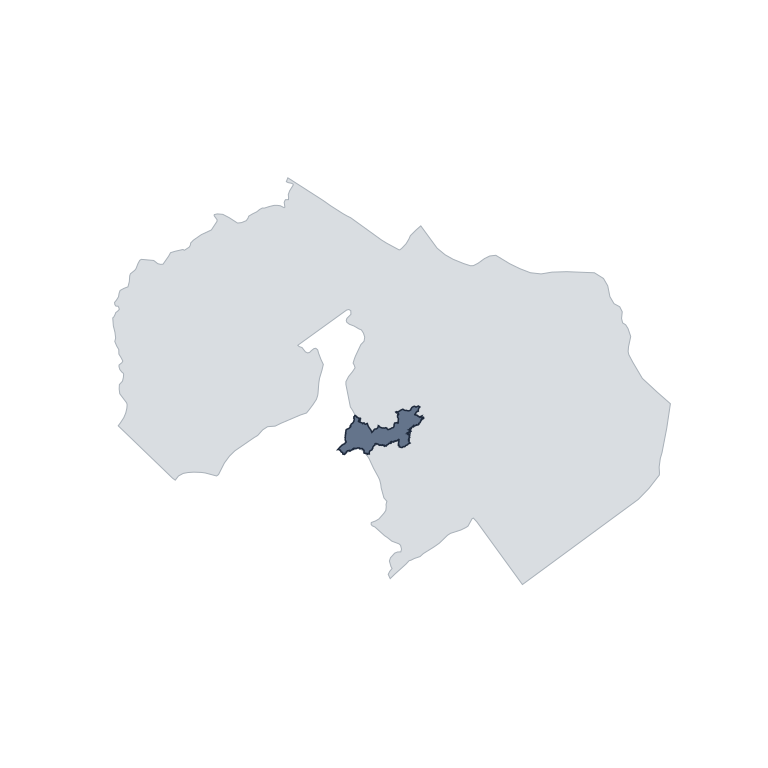 Mushindano, North-Western, Zambia shown in context, rotated 234°
{"feature_id": "96606910B46264133370016", "entity_name": "Mushindano", "entity_type": "district", "adm_level": 2, "iso_a3": "ZMB", "parent_name": "Zambia", "parent_adm1": "North-Western", "projection": "natural_earth1", "projection_center": [26.828, -12.5], "detail": "fine", "context": "in_parent", "style": "filled", "palette": "slate", "viewbox_px": 768, "rotation_deg": 234, "n_neighbors": 0, "source": "geoboundaries", "source_scale": "gbopen_adm2", "svg_char_len": 9713}
<svg xmlns="http://www.w3.org/2000/svg" viewBox="0 0 768 768"><g transform="rotate(234 384 384)"><path d="M490.3,506.7L462.7,506.8L452.6,509.4L444.3,513.2L434.5,519.3L428.8,523.5L427.2,525.9L426.4,531.1L426.4,539.0L425.4,544.8L422.4,550.1L407.4,556.4L397.6,561.6L388.0,567.8L380.7,575.8L375.8,585.6L367.5,597.8L350.3,619.6L340.3,623.6L331.9,622.7L321.9,618.1L313.8,617.3L307.9,620.1L302.4,619.2L297.4,614.7L293.2,613.0L289.8,614.3L285.4,614.0L277.4,611.5L270.5,603.8L266.8,600.6L263.9,599.3L255.6,598.1L236.7,596.3L217.0,600.2L199.7,604.1L182.1,586.8L165.0,568.5L161.4,563.8L155.0,557.7L150.3,554.7L148.5,553.2L143.8,536.9L141.2,522.0L140.4,378.1L218.0,378.1L223.0,377.5L223.2,376.0L219.6,368.3L219.8,365.6L220.7,360.4L224.1,350.0L224.3,346.5L222.7,335.2L222.8,328.8L223.7,316.1L223.2,311.7L225.0,306.0L225.6,302.2L226.3,300.5L225.4,296.1L223.8,280.9L222.9,274.6L227.5,275.5L229.1,278.6L230.0,282.1L232.1,282.3L237.6,284.3L239.6,287.1L240.9,293.2L240.1,296.3L238.3,298.9L240.1,301.1L243.8,302.6L246.0,302.1L252.2,298.0L258.0,296.4L260.9,295.3L273.7,292.6L276.3,291.1L278.1,291.1L279.4,292.3L278.2,296.6L277.8,300.5L279.4,307.7L280.6,311.1L283.3,313.6L285.3,314.8L287.4,317.4L291.9,317.0L301.7,320.7L304.7,322.4L308.9,324.1L311.8,324.7L321.9,326.0L332.6,328.1L338.2,328.3L342.1,327.7L344.9,326.7L346.6,325.5L347.4,324.5L351.4,310.8L353.5,309.7L356.1,309.0L357.7,310.2L359.4,318.9L367.1,326.7L369.8,333.3L371.7,338.9L373.4,340.5L376.3,342.4L381.0,343.1L385.2,343.3L406.0,352.9L408.3,354.6L410.9,359.8L412.4,365.5L414.1,370.1L416.7,371.0L419.1,371.3L421.5,374.5L423.3,377.2L429.5,388.5L430.3,393.0L433.3,396.0L437.3,397.3L441.1,397.5L443.3,396.1L448.6,393.8L452.7,391.1L455.8,390.2L457.6,390.8L458.9,392.6L459.8,398.2L462.8,400.2L464.9,399.4L465.8,397.2L465.8,396.1L466.0,337.0L464.1,337.4L461.7,339.1L456.2,339.3L454.0,340.5L453.3,342.4L453.7,344.9L453.8,348.2L453.0,349.8L450.6,350.4L447.1,349.1L440.8,347.4L435.5,346.4L431.7,342.0L426.6,335.3L423.2,331.9L415.1,325.0L413.7,323.6L411.3,320.3L409.2,314.8L407.2,308.4L406.1,304.3L408.1,298.0L412.8,277.5L413.9,271.2L417.9,264.7L418.2,258.9L416.6,251.5L417.0,247.4L417.6,224.0L416.5,216.6L413.9,208.4L408.0,196.9L408.0,194.5L417.1,187.1L419.8,184.3L424.5,178.3L427.7,173.2L429.7,169.0L430.4,163.7L428.9,158.6L432.0,157.6L506.4,144.4L507.5,147.9L509.7,153.7L512.3,158.0L515.5,161.7L518.2,164.0L520.0,164.7L531.4,164.5L535.6,166.8L539.1,169.6L540.0,174.1L542.4,176.9L544.9,179.1L546.0,179.4L547.9,178.9L551.0,178.8L553.8,179.8L555.1,180.8L555.3,184.5L556.1,186.2L560.0,186.8L564.0,187.1L567.8,189.7L571.9,190.1L576.6,191.2L578.9,193.9L583.9,196.7L590.1,199.2L596.9,203.4L597.0,204.7L598.2,207.1L599.4,208.9L599.5,211.5L600.0,213.8L601.8,214.4L603.2,214.6L604.6,212.9L606.4,212.9L608.4,214.0L609.1,216.8L610.6,220.5L613.1,223.0L614.8,225.5L614.2,229.9L613.1,234.0L616.5,238.1L621.0,241.9L622.2,243.6L622.5,249.3L623.1,251.2L626.1,255.9L627.6,259.1L627.5,260.9L619.3,270.3L614.3,271.7L612.1,273.6L610.8,275.6L614.0,284.9L615.7,288.5L614.2,292.9L611.0,300.4L609.5,301.1L609.2,306.8L610.1,308.9L611.7,310.5L612.4,314.4L612.2,324.0L610.1,334.9L613.7,344.4L614.9,345.5L620.0,345.5L620.8,346.3L619.6,349.1L616.0,353.3L609.6,356.5L600.3,360.1L598.3,363.6L597.1,368.6L598.1,371.5L599.3,373.2L598.9,377.6L598.1,382.2L598.3,385.8L597.9,389.0L596.6,390.6L595.0,395.5L593.0,400.3L591.4,402.5L589.1,404.9L585.4,406.8L585.4,407.8L589.6,410.0L590.6,411.6L591.0,412.6L589.3,415.1L591.2,416.6L593.5,417.9L595.7,421.1L598.2,427.2L598.6,427.8L599.3,427.9L600.7,427.2L603.3,424.8L605.1,423.9L607.3,427.4L568.6,442.5L559.5,445.6L546.0,450.9L541.6,452.9L538.0,454.8L502.0,466.6L496.4,468.9L483.7,475.0L483.2,475.9L483.4,478.7L484.5,484.4L486.7,489.5L488.5,492.5L489.7,500.1L490.3,506.7Z" fill="#d9dde1" stroke="#a8b0b8" stroke-width="1"/><path d="M375.4,342.3L375.7,341.9L375.1,341.1L375.2,340.5L375.1,340.2L374.4,339.9L374.1,339.4L373.3,339.5L372.7,339.1L372.3,338.3L371.7,338.0L370.9,336.2L370.8,335.4L370.8,333.8L370.1,332.9L370.1,332.2L369.7,331.8L369.2,332.1L369.0,331.9L368.7,329.7L369.3,326.8L369.0,326.1L367.7,325.0L367.0,324.1L366.2,323.9L366.0,323.2L365.3,322.9L365.1,322.4L363.7,321.5L363.7,321.1L363.1,321.0L361.7,319.8L360.6,319.4L360.4,319.6L360.0,319.6L359.1,318.9L359.1,317.9L358.7,317.1L359.2,315.4L359.0,314.5L359.3,313.9L359.0,312.9L359.0,311.8L358.7,311.2L358.7,310.8L358.1,308.1L357.6,309.0L356.7,309.2L356.1,309.9L354.5,309.4L353.6,309.7L353.4,310.0L352.9,310.3L351.5,309.5L351.2,309.7L351.0,310.0L350.4,310.4L350.2,310.7L350.2,311.0L350.8,311.7L350.4,312.1L350.4,312.3L350.8,313.4L351.2,313.6L351.2,314.2L351.5,315.2L350.8,316.1L350.8,316.6L350.6,316.6L350.5,316.8L350.3,316.8L350.3,317.1L349.7,317.1L349.8,318.1L349.6,319.8L349.8,320.4L349.4,320.5L349.2,320.9L349.8,321.7L349.5,322.2L349.0,322.3L348.8,323.0L348.2,323.4L347.7,325.4L347.1,325.9L346.9,326.4L345.9,326.3L345.8,326.9L345.4,327.3L345.1,327.4L344.8,328.3L344.3,328.6L343.5,328.4L342.7,328.8L341.9,328.8L341.8,328.5L341.2,328.3L340.1,327.3L339.8,327.3L339.7,327.6L339.3,327.7L339.0,328.2L338.7,328.2L338.4,328.4L338.3,328.8L338.0,328.9L337.7,329.6L337.2,329.7L336.9,329.4L336.6,330.3L336.0,331.0L337.5,332.0L338.2,333.3L337.8,335.5L338.1,336.1L338.4,336.2L338.6,337.2L339.4,337.7L340.0,339.4L339.8,340.4L340.2,340.9L340.2,341.1L340.8,341.3L340.8,342.1L340.6,342.6L340.1,342.7L339.9,343.0L339.6,342.9L339.6,343.2L339.4,343.5L339.1,343.7L338.6,343.8L338.4,344.1L338.2,344.2L337.7,344.0L337.2,344.2L337.2,344.3L337.0,344.5L336.8,345.2L336.6,345.1L336.0,346.0L335.9,346.0L335.9,346.9L335.3,347.1L334.9,347.6L334.8,347.3L334.5,347.6L334.2,347.5L334.0,347.8L333.2,347.9L333.2,348.5L333.4,348.5L333.1,348.8L333.3,348.8L332.6,349.4L332.7,349.6L332.9,349.6L332.7,349.9L332.8,350.5L333.0,350.5L333.1,350.8L332.7,351.8L333.1,353.1L333.0,353.3L332.7,353.5L332.7,353.9L332.5,354.2L332.3,354.4L332.1,354.4L331.9,354.8L332.2,355.0L332.3,355.3L332.5,355.1L332.7,355.3L333.2,355.3L333.2,356.1L333.0,356.5L332.1,356.8L331.8,357.3L331.4,357.5L331.3,358.1L331.8,358.5L331.6,359.2L331.3,359.4L331.2,360.2L330.9,360.1L330.9,360.4L330.8,360.6L330.4,360.8L330.3,361.4L330.4,361.9L330.1,362.1L330.6,362.6L330.5,362.8L330.5,363.1L330.2,363.0L330.1,363.4L329.9,363.4L329.6,362.7L328.6,362.2L328.2,361.5L327.6,361.1L327.2,360.5L326.4,360.4L326.3,359.7L325.7,359.5L324.7,360.1L324.4,360.0L324.1,359.5L322.5,360.6L321.8,361.7L322.1,362.7L321.1,363.9L321.1,364.4L321.5,365.3L321.1,366.6L321.0,367.4L321.4,368.7L320.9,369.8L320.9,370.3L321.4,370.1L321.8,370.3L322.7,370.3L323.0,370.5L323.4,371.0L323.7,370.7L323.9,371.2L324.6,371.1L324.7,371.3L324.6,371.9L325.4,372.1L325.5,373.1L325.9,372.9L327.0,374.3L327.3,374.0L327.5,374.4L327.6,374.2L328.1,374.6L328.3,374.5L328.4,374.9L328.6,374.8L328.6,374.3L329.1,374.3L328.9,373.9L329.1,373.7L329.4,373.9L329.6,373.8L329.8,374.0L330.1,373.7L330.0,374.2L330.3,374.7L330.6,374.2L330.8,374.2L330.7,374.6L330.4,374.7L330.0,375.8L329.1,376.4L329.4,376.6L329.8,376.4L329.8,376.9L330.0,377.3L330.2,377.2L330.4,376.7L330.5,376.8L330.3,377.7L330.0,377.7L329.9,378.0L331.0,378.1L331.1,377.4L331.3,377.9L331.2,378.6L331.7,378.8L331.9,378.5L331.9,377.7L332.1,377.3L332.4,377.1L332.2,377.9L332.7,378.7L332.8,379.3L332.6,379.9L332.1,379.4L331.9,379.6L331.9,380.0L332.3,380.3L332.7,380.9L332.5,382.3L332.8,382.4L332.9,383.0L332.3,382.4L332.0,382.5L332.0,383.1L332.2,383.5L332.1,384.1L331.9,384.6L332.0,384.9L331.6,385.8L331.8,386.1L331.6,386.3L331.8,386.5L331.1,387.1L330.8,387.8L330.9,388.6L331.7,388.9L331.5,390.0L331.6,390.5L331.8,390.8L331.8,391.0L332.3,391.5L332.5,392.5L332.8,392.9L333.1,392.8L333.3,393.2L332.9,393.3L332.9,393.9L334.0,394.6L333.9,394.8L333.4,394.8L333.2,395.0L333.3,395.5L333.2,395.8L332.9,395.8L333.0,396.1L333.6,396.3L333.5,395.8L334.2,395.7L334.6,395.2L335.4,395.3L335.6,395.6L335.6,395.2L336.0,395.2L335.8,394.7L336.1,394.4L335.8,393.9L336.0,393.8L336.0,393.6L336.4,393.7L336.5,393.2L337.3,392.9L337.5,393.0L338.1,392.5L338.4,392.7L339.0,392.4L339.2,392.2L339.6,392.3L339.8,391.8L340.3,391.4L340.7,391.4L340.9,390.9L341.2,390.9L341.4,391.0L341.4,391.9L341.6,392.5L342.2,393.2L342.2,394.3L342.4,394.6L342.0,395.0L341.8,395.8L342.6,396.2L342.8,396.6L343.1,396.8L343.5,397.2L344.2,398.5L344.3,399.5L346.0,398.9L346.5,396.3L348.0,395.7L348.5,394.5L348.6,392.8L348.0,391.2L347.3,390.3L347.5,388.9L347.8,388.1L348.9,387.0L349.4,386.8L349.8,386.0L350.7,385.1L352.3,384.6L352.6,384.3L353.1,381.5L352.9,380.8L353.2,379.7L353.1,379.0L353.6,378.4L354.2,378.1L354.4,377.0L353.3,377.1L352.8,378.0L352.5,378.2L351.6,378.3L351.0,378.1L350.8,377.9L351.2,377.2L350.4,376.8L350.4,376.4L350.3,376.1L349.8,376.0L349.3,375.5L347.4,375.3L346.8,374.8L346.8,374.6L344.2,372.6L344.9,372.0L344.8,371.8L345.1,371.8L345.1,371.6L345.4,371.3L345.9,370.1L345.8,369.7L346.1,369.5L344.9,367.9L344.2,367.7L343.5,366.6L343.3,365.7L343.9,364.5L343.9,363.3L344.1,362.6L344.0,362.3L344.3,361.9L344.7,360.4L346.4,360.1L346.8,360.3L347.1,359.9L347.6,359.8L348.1,358.3L348.8,357.7L349.5,356.6L350.0,356.4L351.3,355.4L351.9,355.4L352.6,355.1L353.2,355.3L353.6,355.0L353.4,354.9L353.1,354.3L352.5,353.7L352.2,352.9L352.1,351.5L352.8,350.4L353.0,349.7L352.7,348.6L352.4,348.0L352.4,347.6L352.1,346.6L352.0,345.7L354.4,346.3L357.8,346.3L359.8,346.6L361.9,347.3L362.2,346.5L362.2,345.4L363.4,344.7L364.3,345.0L364.6,344.3L364.6,343.4L365.0,343.5L365.8,343.2L366.5,342.5L367.3,342.0L367.8,342.3L368.2,341.5L368.6,341.4L368.7,341.6L368.7,342.4L369.2,341.9L369.3,342.1L369.4,342.5L368.8,342.4L368.8,342.7L368.1,342.5L368.1,342.8L368.6,342.9L369.2,343.5L368.8,344.2L369.2,343.8L369.5,342.9L370.4,343.2L370.4,343.5L370.1,343.8L370.1,344.2L369.7,344.3L369.6,344.5L370.0,344.8L370.3,344.7L370.7,344.0L371.0,343.8L371.7,343.2L372.7,343.0L373.3,342.4L373.8,342.7L375.4,342.3Z" fill="#64748b" stroke="#1e293b" stroke-width="1.5"/></g></svg>